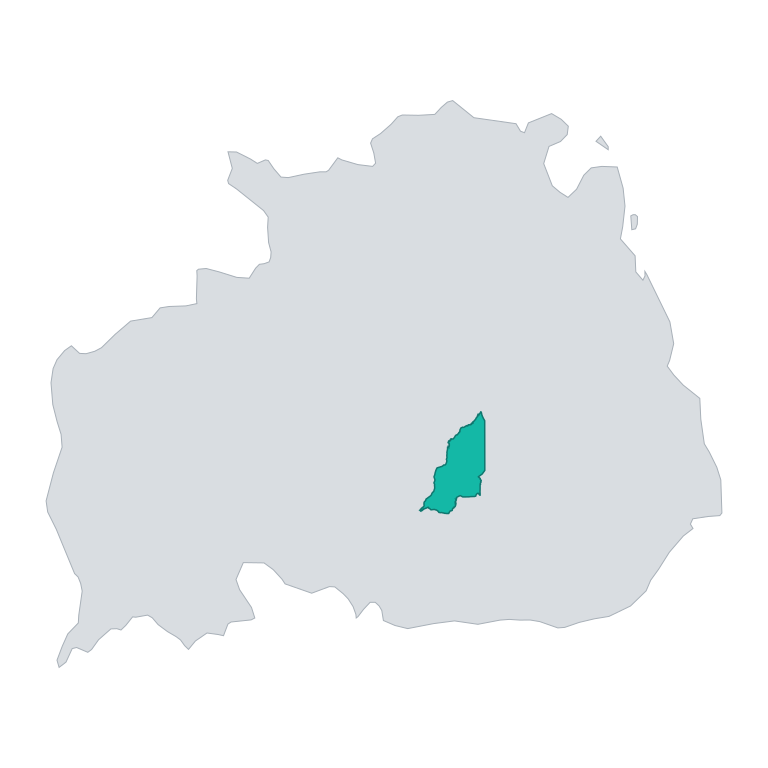 location of Chi Kraeng, Siemréab, Cambodia, rotated 180°
{"feature_id": "14789045B44896386917879", "entity_name": "Chi Kraeng", "entity_type": "district", "adm_level": 2, "iso_a3": "KHM", "parent_name": "Cambodia", "parent_adm1": "Siemréab", "projection": "albers", "projection_center": [104.442, 13.166], "detail": "fine", "context": "in_parent", "style": "filled", "palette": "teal", "viewbox_px": 768, "rotation_deg": 180, "n_neighbors": 0, "source": "geoboundaries", "source_scale": "gbopen_adm2", "svg_char_len": 8100}
<svg xmlns="http://www.w3.org/2000/svg" viewBox="0 0 768 768"><g transform="rotate(180 384 384)"><path d="M708.9,100.6L711.0,107.8L705.8,121.6L700.2,134.1L689.7,145.0L689.2,153.0L685.8,176.9L687.3,184.5L689.9,191.0L693.4,194.4L703.0,217.6L711.7,238.7L720.3,256.0L721.9,267.1L714.6,295.1L705.9,320.8L706.9,333.6L710.9,346.4L715.2,363.4L717.0,385.2L714.9,399.4L711.0,408.3L703.3,417.5L696.6,422.2L688.4,414.6L681.9,414.3L673.3,416.7L666.5,420.3L652.7,433.8L637.4,446.9L616.1,450.4L607.9,460.1L599.0,461.5L582.1,462.1L571.1,464.4L571.6,469.2L570.9,492.0L571.2,497.4L569.5,498.8L561.8,499.5L548.8,496.1L531.2,490.6L518.8,489.8L512.4,499.8L508.6,503.7L503.9,504.3L498.9,506.1L497.3,510.5L496.9,516.1L499.4,525.5L500.4,540.6L499.8,550.9L504.4,557.4L531.4,579.0L539.4,584.4L540.3,587.7L535.7,599.6L540.0,616.2L531.5,616.0L517.4,608.9L510.7,604.6L502.6,608.1L499.8,607.5L494.2,599.3L487.0,590.9L479.6,590.4L463.9,593.8L447.9,596.2L441.9,596.2L439.4,597.7L430.2,610.2L426.2,608.1L410.1,603.4L395.4,601.6L392.4,604.8L394.2,615.0L397.4,624.9L395.5,629.2L387.5,634.4L376.8,643.8L370.2,651.2L365.7,653.0L349.4,652.7L333.2,653.6L326.7,660.6L320.6,665.9L315.3,667.4L294.1,650.3L252.0,644.3L247.5,636.8L243.5,635.3L239.6,645.1L216.4,654.4L206.8,648.7L199.7,641.8L200.8,633.4L207.5,626.5L219.0,621.6L224.3,604.4L215.7,582.2L208.0,575.7L200.0,570.6L191.4,578.8L184.2,592.8L176.8,600.1L166.2,601.6L150.8,601.0L144.9,579.9L143.0,561.9L145.3,541.3L147.6,529.1L132.9,512.2L132.2,496.1L125.1,487.8L123.0,492.0L123.1,496.6L121.1,493.3L98.1,446.1L94.3,424.3L98.4,407.5L100.8,401.9L94.2,393.0L84.8,382.9L68.2,369.6L67.2,348.8L63.7,324.2L58.7,315.9L51.2,300.7L47.2,288.1L46.1,255.0L48.2,252.4L60.0,251.5L75.2,249.2L77.6,243.9L75.0,239.5L84.7,232.0L98.7,215.7L109.5,198.6L117.3,187.8L121.9,177.1L137.5,162.0L159.0,151.6L173.6,149.2L188.8,145.6L203.3,140.6L210.2,140.1L228.2,146.4L237.9,148.0L248.1,147.9L258.7,148.6L268.0,147.9L290.1,143.7L313.5,147.1L334.4,144.4L360.3,139.4L373.0,142.5L384.6,147.5L386.2,157.5L388.9,162.1L392.8,165.7L397.9,165.7L404.5,158.6L410.0,151.4L411.8,150.0L412.1,153.6L414.9,161.4L419.8,169.1L424.8,174.3L433.2,181.1L438.6,181.4L456.3,174.8L482.9,184.1L486.0,188.8L494.7,198.3L504.0,205.1L524.7,205.4L532.0,188.5L528.4,178.3L516.5,160.5L513.2,150.0L516.9,148.1L536.9,146.0L540.1,143.9L544.5,132.3L549.9,133.5L561.0,135.0L572.6,127.0L579.5,118.6L583.3,122.3L587.5,128.1L592.1,131.5L600.5,136.4L609.9,143.4L615.7,150.2L620.4,152.9L632.2,150.8L635.4,151.1L642.2,142.6L647.0,138.0L651.1,139.3L657.1,139.1L669.4,128.3L676.4,118.5L680.2,115.7L691.4,120.5L695.8,119.4L702.0,105.9L708.9,100.6ZM137.2,552.1L134.9,553.3L132.7,553.3L130.5,551.4L130.7,543.8L132.4,539.2L136.2,538.3L137.2,552.1ZM172.0,626.7L167.3,631.8L159.8,621.3L159.8,618.3L172.0,626.7Z" fill="#d9dde1" stroke="#a8b0b8" stroke-width="1"/><path d="M332.9,295.0L333.2,293.3L333.8,291.8L334.0,291.1L333.1,288.4L333.1,288.1L333.2,287.1L333.4,286.7L334.0,285.4L334.0,285.2L333.9,284.6L333.5,284.0L333.4,283.6L333.5,282.5L333.4,281.6L333.3,279.9L333.4,279.5L333.7,278.5L334.2,276.8L334.4,276.4L334.9,276.1L335.3,275.6L335.8,275.1L336.2,274.3L336.6,273.2L336.9,272.8L337.4,272.2L337.8,271.9L339.5,270.7L340.9,269.6L341.6,269.2L341.9,268.9L342.0,268.8L342.1,268.2L342.4,267.6L342.8,266.9L343.5,266.3L343.9,265.7L343.9,265.3L343.9,264.7L344.1,264.1L343.8,262.7L343.9,262.4L344.0,262.1L344.3,261.5L344.7,261.1L345.3,260.6L345.5,260.6L345.8,260.4L345.8,260.1L346.0,259.8L346.3,259.6L346.6,259.6L346.7,259.4L347.0,259.0L347.5,258.7L347.7,258.2L347.8,258.0L347.9,257.9L348.0,257.8L348.2,257.7L347.5,257.1L347.3,256.9L347.1,256.8L347.0,257.0L346.9,257.1L346.9,257.3L346.7,257.4L346.3,257.4L346.3,257.5L346.0,257.8L345.7,257.8L345.5,258.0L345.4,257.9L345.3,258.0L345.1,258.2L344.9,258.4L344.6,258.6L344.3,259.0L344.2,258.9L344.1,259.0L343.3,259.3L342.8,259.5L342.5,259.7L342.3,259.7L341.9,259.9L341.3,260.0L340.9,260.3L340.7,260.4L340.6,260.5L340.4,260.6L340.0,260.7L339.7,260.7L339.5,260.4L339.2,259.8L339.0,259.7L338.6,259.6L338.4,259.4L338.1,259.3L337.4,258.4L337.2,258.3L336.5,258.2L334.6,258.5L333.7,258.5L333.2,258.5L332.7,258.2L332.0,258.0L331.5,258.0L331.1,257.6L330.3,257.2L330.2,256.9L329.6,256.4L329.5,256.1L329.2,255.8L329.1,255.6L328.6,255.6L328.3,255.4L327.1,255.3L326.6,255.5L326.1,255.4L324.8,255.0L324.4,255.1L323.6,254.7L322.8,254.7L321.6,254.5L319.4,254.5L319.2,254.6L319.0,255.3L318.8,255.5L318.5,256.1L318.3,256.2L318.2,256.4L318.2,256.5L317.8,256.9L317.8,257.0L317.7,257.1L317.4,257.2L317.0,257.3L316.8,257.2L316.4,257.3L316.2,257.5L315.8,257.6L315.6,258.4L315.5,258.7L315.4,259.4L314.9,259.8L314.5,259.9L314.4,260.1L314.2,260.3L314.2,260.5L313.9,260.5L313.9,260.9L313.0,261.3L312.9,261.6L312.7,261.8L312.4,262.7L312.5,262.8L312.4,263.0L312.4,263.4L312.3,263.6L312.5,263.8L312.2,263.9L312.2,264.0L312.3,264.1L312.1,264.2L312.2,264.5L312.3,264.6L312.2,264.8L312.3,264.9L312.5,264.8L312.6,265.0L312.4,265.1L312.5,265.2L312.7,265.5L312.5,265.8L312.3,265.9L312.3,266.0L312.7,265.9L312.8,266.0L312.8,266.3L312.3,266.9L312.2,267.4L312.0,267.5L311.8,267.8L312.1,268.3L311.8,268.6L312.0,268.8L311.8,268.8L311.6,268.9L311.6,269.1L311.4,269.7L311.5,269.8L311.6,270.0L311.5,270.4L311.0,270.8L310.7,271.0L308.7,272.0L307.9,272.3L307.6,272.3L307.3,272.2L305.7,271.3L305.3,271.1L302.4,271.1L298.5,271.2L297.5,271.4L293.5,271.5L292.3,271.9L292.3,272.2L291.8,273.2L291.4,273.8L290.8,274.4L290.2,274.7L289.9,274.7L289.5,274.5L288.6,273.2L288.3,272.9L287.9,272.9L287.9,274.5L288.0,276.0L287.9,279.1L287.9,280.3L287.9,283.0L287.6,283.5L287.8,283.6L287.7,284.1L287.6,284.3L287.7,284.7L287.6,284.8L287.3,285.4L287.1,285.6L287.3,286.1L287.1,286.2L287.0,286.4L287.1,286.6L287.0,286.9L286.8,287.3L286.9,287.8L287.3,288.0L287.5,288.3L287.8,288.8L287.8,289.1L287.8,289.5L288.1,289.8L288.4,290.1L288.8,290.4L289.2,291.0L289.5,291.0L289.6,291.3L285.8,294.0L283.2,297.6L283.3,347.3L284.5,349.4L285.5,351.5L286.2,353.3L286.5,355.0L286.8,355.8L287.0,356.1L287.3,356.1L287.5,355.7L288.0,354.8L288.4,354.2L288.9,354.0L288.9,353.9L289.0,353.5L289.0,353.4L289.8,353.7L290.0,353.7L290.1,353.3L289.8,353.0L289.8,352.7L290.4,352.4L290.5,352.3L290.6,351.8L290.4,351.5L290.6,351.3L290.9,351.2L291.0,351.0L291.6,350.2L291.9,349.9L292.0,349.8L292.0,349.3L292.3,349.0L292.3,348.9L293.5,347.5L294.3,346.6L295.2,346.0L295.2,345.8L294.9,345.1L295.0,344.9L295.2,344.7L295.3,344.6L295.5,344.7L296.0,345.0L296.2,344.9L296.7,344.5L296.8,344.4L296.8,344.2L296.6,343.9L296.6,343.7L296.8,343.5L297.0,343.4L297.3,343.5L297.5,343.4L297.6,343.2L297.8,343.2L298.2,343.2L298.4,343.2L298.6,343.3L299.0,343.1L299.6,343.2L300.2,342.5L300.2,342.2L300.3,342.1L300.7,342.4L301.1,342.4L301.6,342.2L302.2,341.7L302.5,341.8L303.5,341.0L303.7,340.9L304.2,340.7L305.0,340.6L305.5,340.8L306.4,340.3L306.8,340.2L307.2,339.8L308.1,337.9L308.1,337.7L308.0,337.3L307.9,337.1L308.0,336.8L308.3,336.6L308.2,336.3L308.3,336.0L308.6,335.6L309.0,335.5L309.2,335.3L309.3,335.2L309.3,334.9L309.6,334.4L310.3,333.9L310.9,333.1L311.0,333.0L311.6,333.1L312.2,332.7L312.6,332.3L313.3,331.0L314.1,329.9L314.9,329.0L315.4,329.0L316.4,329.1L316.7,329.2L316.8,329.2L317.1,329.1L317.3,328.8L317.6,328.6L317.8,328.1L317.9,327.9L317.7,327.8L317.8,327.6L317.7,327.6L317.8,327.5L318.1,327.4L318.1,327.0L318.3,326.9L318.6,327.0L318.6,326.8L318.7,326.7L318.9,326.8L318.9,327.1L319.1,327.1L319.3,327.0L319.4,326.8L319.2,326.6L319.3,326.5L319.3,326.3L319.4,326.2L319.5,325.9L319.8,325.7L319.7,325.4L319.8,325.2L319.4,324.9L319.2,324.9L319.1,324.7L318.8,324.5L318.7,324.4L318.7,324.2L318.8,323.6L318.7,323.3L318.9,323.2L318.8,322.9L318.8,322.7L318.7,322.7L318.7,322.4L318.8,322.1L318.9,321.7L319.0,321.7L318.9,321.6L318.9,321.4L319.3,321.0L319.6,321.0L319.7,320.9L319.6,320.6L320.2,320.9L320.4,320.9L320.5,319.9L320.4,319.2L320.5,318.7L321.1,315.6L321.0,314.9L321.0,314.1L321.2,312.5L321.0,310.3L321.1,310.0L321.3,309.7L321.6,308.6L321.2,307.5L321.2,306.8L321.4,305.8L322.1,304.0L322.3,303.7L322.7,303.2L323.4,303.0L324.3,303.0L325.6,301.8L326.1,301.6L327.4,301.2L328.5,300.8L328.8,300.8L329.6,300.5L330.4,300.3L330.8,300.1L331.1,299.9L331.6,298.8L332.2,297.4L332.9,295.0Z" fill="#14b8a6" stroke="#0f766e" stroke-width="1.5"/></g></svg>